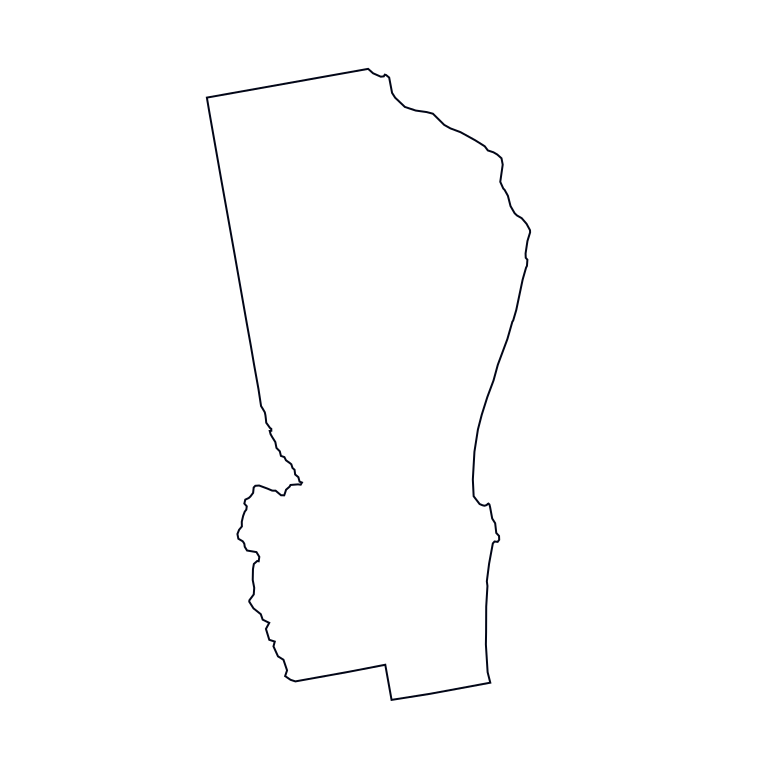 the district of Humboldt, California, United States of America, rotated 170°
{"feature_id": "52423323B26488914054819", "entity_name": "Humboldt", "entity_type": "district", "adm_level": 2, "iso_a3": "USA", "parent_name": "United States of America", "parent_adm1": "California", "projection": "natural_earth1", "projection_center": [-123.822, 40.734], "detail": "fine", "context": "isolated", "style": "outline", "palette": "ink", "viewbox_px": 768, "rotation_deg": 170, "n_neighbors": 0, "source": "geoboundaries", "source_scale": "gbopen_adm2", "svg_char_len": 2310}
<svg xmlns="http://www.w3.org/2000/svg" viewBox="0 0 768 768"><g transform="rotate(170 384 384)"><path d="M554.5,193.0L551.5,185.7L545.3,178.7L544.4,173.0L538.5,168.7L542.8,163.3L541.4,152.0L536.3,149.3L538.4,144.8L535.7,134.2L530.9,129.9L529.2,118.8L532.1,113.5L527.4,108.9L522.9,106.5L468.5,106.7L431.5,107.3L431.4,71.6L392.3,70.9L331.2,71.4L332.0,82.2L328.9,109.8L326.6,121.6L322.0,147.0L317.2,167.1L317.0,171.8L311.7,188.8L304.5,208.1L302.5,209.7L299.5,208.8L297.6,210.6L297.1,214.4L299.3,217.8L298.7,227.6L300.8,232.7L300.9,244.3L301.1,247.0L301.9,248.1L302.7,247.9L303.3,247.3L304.7,246.8L306.3,246.7L308.1,247.5L310.7,249.2L315.2,257.9L313.1,274.5L306.7,301.6L299.4,322.9L293.1,336.7L284.5,353.2L275.5,368.5L268.6,383.1L254.7,406.8L246.7,423.2L245.8,424.0L240.9,433.9L229.3,462.8L223.9,473.9L222.7,475.5L221.2,481.5L222.5,483.7L221.9,488.0L217.9,499.9L213.8,507.9L213.5,510.1L215.8,517.0L219.6,523.4L223.8,526.9L225.7,529.5L228.5,537.2L229.3,547.8L231.5,554.2L232.6,555.8L234.4,562.9L229.0,579.4L229.1,585.9L232.7,590.4L236.0,593.2L241.2,596.0L243.5,600.6L251.9,608.2L264.9,618.7L274.2,624.2L279.7,628.7L288.9,641.7L294.8,644.4L305.3,647.8L315.3,653.2L323.3,664.0L325.5,669.3L325.7,684.9L328.3,687.9L329.5,688.5L330.8,687.0L333.8,687.2L340.8,691.9L344.9,697.1L508.7,696.8L508.8,683.0L508.8,665.0L508.8,640.4L508.8,613.3L508.7,582.1L508.6,537.2L508.6,502.1L508.6,468.4L508.5,444.7L508.6,425.5L508.5,400.8L508.9,383.6L507.8,380.9L506.3,376.8L506.2,373.8L506.4,370.0L506.7,366.3L503.9,360.5L502.8,359.4L503.1,357.5L504.7,357.6L504.4,354.2L503.3,351.1L501.1,345.7L501.0,339.7L498.3,335.8L498.0,331.1L494.8,329.3L493.8,325.9L490.2,322.2L489.2,321.0L488.7,317.2L487.0,315.1L487.2,310.3L484.5,307.1L484.1,302.5L481.9,301.2L483.5,299.3L486.2,300.1L493.6,300.8L494.8,299.3L498.8,296.9L500.1,294.4L501.6,291.7L504.7,292.3L509.3,297.8L512.6,298.4L516.9,301.2L524.6,305.7L528.4,306.1L530.3,304.7L531.8,299.5L535.1,296.4L537.0,295.2L540.7,294.2L542.3,290.5L540.4,287.4L541.4,284.2L543.3,282.5L545.6,278.6L548.0,273.0L548.7,268.4L552.0,265.6L554.4,261.7L554.3,256.9L550.5,253.7L549.8,252.3L549.3,250.8L549.4,247.9L547.8,243.8L538.8,240.6L536.8,235.4L538.2,231.2L539.6,231.7L543.4,229.4L545.2,224.4L547.3,213.8L547.2,205.8L548.8,199.4L554.1,194.4L554.5,193.0Z" fill="none" stroke="#020617" stroke-width="2"/></g></svg>